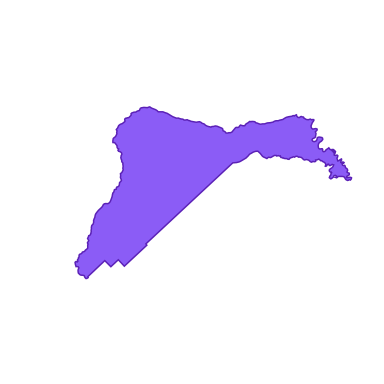 the district of Alto Alegre dos Parecis, Rondônia, Brazil, rotated 227°
{"feature_id": "56859067B30978738760138", "entity_name": "Alto Alegre dos Parecis", "entity_type": "district", "adm_level": 2, "iso_a3": "BRA", "parent_name": "Brazil", "parent_adm1": "Rondônia", "projection": "mercator", "projection_center": [-61.96, -12.573], "detail": "fine", "context": "isolated", "style": "filled", "palette": "violet", "viewbox_px": 384, "rotation_deg": 227, "n_neighbors": 0, "source": "geoboundaries", "source_scale": "gbopen_adm2", "svg_char_len": 6084}
<svg xmlns="http://www.w3.org/2000/svg" viewBox="0 0 384 384"><g transform="rotate(227 192 192)"><path d="M92.7,316.0L92.8,316.9L93.0,317.6L93.7,318.4L94.4,318.1L95.2,317.4L96.9,315.0L97.6,315.2L97.9,316.2L97.3,318.8L98.5,319.8L99.5,319.3L100.7,318.9L101.3,319.6L101.7,320.7L102.9,321.2L103.6,321.2L104.8,320.9L105.5,321.0L106.4,321.7L107.4,321.8L108.0,320.8L108.9,320.4L110.7,321.2L109.6,322.4L109.9,323.3L111.0,322.9L112.2,321.0L113.2,322.1L113.4,323.3L114.2,323.8L114.6,322.7L114.8,320.7L115.3,319.8L117.9,321.1L118.3,322.4L119.1,323.4L120.1,323.3L120.6,322.2L121.8,321.2L122.4,321.5L122.9,323.3L123.8,324.6L125.3,324.5L124.4,323.6L124.2,322.5L125.0,322.6L126.1,323.1L126.9,324.1L127.5,323.5L126.7,322.6L127.9,322.5L128.9,322.0L131.0,322.2L131.1,320.7L131.5,318.9L131.1,317.8L131.2,316.7L131.6,315.9L132.2,315.5L133.3,315.8L134.0,316.6L134.7,316.8L135.5,316.0L136.1,315.0L136.8,314.5L137.9,314.5L139.8,315.8L141.0,317.5L141.3,319.1L140.9,321.4L141.2,323.4L142.3,324.2L143.2,324.2L145.1,322.8L146.0,321.7L146.2,320.6L145.3,319.4L144.8,318.3L144.8,317.2L145.3,316.0L145.9,315.4L146.8,315.0L147.8,315.1L148.5,315.7L148.7,316.5L148.0,318.6L148.0,319.7L150.1,322.5L150.7,322.7L151.9,323.3L151.9,325.5L152.6,326.4L153.9,325.9L155.7,323.2L157.0,323.0L158.0,323.3L159.1,324.1L159.8,325.5L160.6,327.2L161.2,329.9L161.9,330.4L162.6,329.8L163.3,328.7L164.7,328.2L165.5,326.4L166.6,325.4L167.7,324.8L168.8,324.6L169.6,324.2L170.3,324.6L170.9,324.6L171.8,323.8L172.6,323.5L173.0,322.9L173.3,321.2L174.3,320.4L175.2,320.3L176.5,320.5L177.2,321.0L177.7,319.9L177.8,318.8L178.9,318.1L179.3,316.7L181.1,314.1L182.3,311.9L182.8,309.9L183.1,307.9L184.8,305.0L185.3,303.7L186.4,302.5L187.0,301.7L187.6,300.4L187.8,299.2L188.1,298.5L189.4,296.4L191.2,294.1L192.3,291.6L193.7,290.1L194.7,288.5L195.4,287.9L198.1,286.6L199.0,285.9L200.4,285.9L201.2,285.4L202.8,283.9L203.2,283.0L203.8,282.7L204.3,282.2L204.4,280.3L204.9,278.1L204.9,277.3L204.5,275.8L205.6,274.5L207.9,273.1L207.9,272.3L207.5,270.4L208.0,269.4L208.6,269.0L209.2,268.2L209.3,267.5L208.8,263.3L208.6,262.4L208.9,261.1L209.4,260.2L210.2,259.5L210.6,258.6L211.3,257.7L212.0,257.1L212.9,257.3L214.0,257.2L215.6,256.5L217.3,257.5L218.3,257.4L223.0,255.2L224.3,254.2L224.9,253.2L225.2,252.5L226.3,251.2L226.4,250.4L226.8,249.8L227.5,249.6L228.0,249.1L229.7,248.1L231.8,247.3L232.9,247.4L233.6,247.2L235.5,246.2L236.7,246.1L238.2,245.5L239.1,244.3L240.1,242.7L244.8,239.2L245.8,239.0L246.4,238.4L248.1,237.8L249.4,235.9L250.1,235.3L251.5,235.0L252.9,233.8L254.6,232.8L255.2,232.6L256.7,230.9L260.4,229.2L266.5,227.5L267.2,227.1L267.8,226.7L270.5,225.4L273.7,222.0L275.0,222.0L276.9,221.6L280.4,219.9L281.8,219.4L282.7,219.3L283.3,218.9L284.1,216.9L286.7,214.5L288.2,212.2L288.4,211.2L287.5,209.1L288.5,207.1L288.8,205.3L289.9,204.1L290.9,201.8L290.8,200.7L289.9,200.2L289.6,199.3L289.6,198.0L289.5,196.9L289.9,195.8L290.5,195.2L290.6,194.4L291.2,193.8L291.3,192.9L291.0,192.3L289.8,191.5L289.3,190.9L289.6,187.6L290.4,185.8L290.6,183.7L289.5,181.1L289.4,179.8L289.2,179.1L287.9,178.9L286.7,177.3L285.9,176.9L285.5,176.1L284.7,173.9L284.9,171.4L284.8,170.8L283.3,168.9L282.1,167.9L280.8,169.1L277.1,168.8L275.8,167.7L274.8,167.4L273.5,167.7L273.0,166.3L271.9,166.1L270.2,167.0L268.8,167.2L267.5,166.5L266.8,164.8L266.2,164.2L265.8,163.5L264.5,162.7L263.4,162.4L262.3,161.5L261.5,161.2L260.3,161.2L259.4,160.3L257.8,159.2L256.5,157.6L255.2,156.8L254.7,155.7L254.1,154.0L254.1,153.1L254.3,152.3L252.4,150.8L251.7,149.8L251.1,149.4L249.3,148.7L248.5,148.2L248.3,146.8L248.3,145.5L246.5,143.3L246.3,142.6L246.4,141.3L246.9,140.4L246.6,139.5L245.7,138.6L246.6,136.9L245.3,134.7L245.2,133.2L244.6,132.6L244.1,131.6L243.6,131.2L242.7,129.7L241.2,126.7L240.7,125.5L240.5,124.0L240.8,122.6L242.5,120.9L243.1,119.9L243.3,118.7L242.7,117.2L242.4,115.7L242.4,110.8L242.1,109.5L242.1,108.7L241.9,108.0L241.7,106.8L241.1,105.5L239.7,103.6L239.1,102.1L238.3,100.6L236.9,99.4L235.9,97.5L236.0,96.8L235.8,95.7L234.7,94.2L233.9,93.6L232.6,91.9L231.9,91.5L231.5,90.7L230.8,90.2L230.6,89.4L230.1,88.7L230.1,87.5L230.5,86.7L230.0,85.9L229.2,83.9L227.0,83.4L226.5,82.5L226.4,81.2L225.7,80.6L224.8,80.5L224.4,79.6L222.1,77.5L222.0,76.8L222.0,75.6L222.2,74.5L221.9,73.3L222.0,72.4L222.8,70.9L222.4,69.7L222.5,68.6L223.0,67.7L222.9,66.4L222.2,65.8L221.6,65.2L221.4,64.1L220.8,63.6L220.6,62.2L219.2,61.3L219.2,60.2L220.2,60.0L220.4,59.2L220.3,58.5L218.7,57.4L216.5,56.3L216.0,57.0L214.8,57.8L213.7,57.5L213.0,56.0L212.1,54.9L210.3,53.6L208.9,53.6L207.8,53.7L206.9,54.1L206.0,55.0L204.7,56.0L204.0,56.1L203.3,55.6L202.2,55.4L201.1,55.4L200.5,56.1L200.2,57.7L201.1,58.1L201.3,81.4L192.7,81.7L192.7,91.9L183.9,91.9L183.9,122.7L185.5,122.9L185.5,241.7L183.2,244.6L181.9,246.9L181.4,248.3L180.0,254.7L180.1,257.9L180.4,259.8L179.7,262.5L179.4,264.0L178.5,266.0L177.4,267.5L176.8,268.0L173.5,268.2L170.0,267.9L168.5,268.3L167.7,268.7L165.4,269.6L165.3,271.5L164.5,272.3L163.8,272.7L163.4,273.5L162.6,277.1L161.2,278.6L160.5,278.5L159.8,279.9L158.5,280.6L158.1,281.2L157.3,280.7L156.6,280.6L156.0,281.2L155.1,281.4L154.5,282.1L153.8,282.2L152.3,283.5L151.8,284.1L150.5,284.5L149.7,285.3L149.9,286.9L149.3,288.4L148.9,289.0L148.7,290.1L147.5,290.8L147.4,291.9L147.1,292.5L146.5,293.2L145.9,293.5L144.9,293.6L144.4,294.3L142.6,295.6L139.6,295.7L138.6,296.2L137.9,297.6L137.2,298.2L135.6,299.1L133.7,299.2L132.8,299.5L132.2,299.9L131.9,301.3L130.8,302.0L130.2,302.9L130.2,303.6L131.1,304.2L130.5,305.0L129.9,306.1L129.7,307.0L129.0,307.4L127.2,307.4L126.5,308.2L125.3,308.3L124.3,308.7L123.0,309.1L121.7,309.0L120.7,308.4L120.0,307.1L119.5,307.4L119.3,308.4L119.8,309.9L119.2,310.9L117.8,310.5L117.0,311.1L116.6,313.3L115.2,314.1L114.4,312.4L114.3,310.6L114.7,309.0L114.4,307.3L113.2,306.6L112.1,306.8L111.7,307.4L110.9,307.3L110.6,306.1L109.8,305.2L109.6,303.6L108.8,302.2L107.1,302.4L106.7,303.0L106.5,305.1L106.7,306.1L107.1,307.1L106.4,308.2L105.0,308.6L104.4,307.9L104.8,306.9L103.7,307.5L103.6,309.5L103.1,310.2L100.5,312.9L99.5,313.5L98.1,313.4L97.0,313.1L96.1,313.0L94.4,313.6L93.9,314.4L93.7,315.5L92.7,316.0Z" fill="#8b5cf6" stroke="#5b21b6" stroke-width="1.5"/></g></svg>